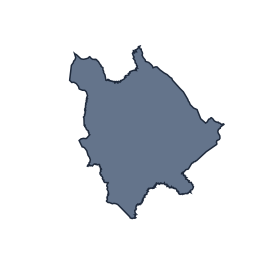 the district of Chipili, Luapula, Zambia, rotated 132°
{"feature_id": "96606910B25287686140667", "entity_name": "Chipili", "entity_type": "district", "adm_level": 2, "iso_a3": "ZMB", "parent_name": "Zambia", "parent_adm1": "Luapula", "projection": "orthographic", "projection_center": [29.255, -10.48], "detail": "fine", "context": "isolated", "style": "filled", "palette": "slate", "viewbox_px": 256, "rotation_deg": 132, "n_neighbors": 0, "source": "geoboundaries", "source_scale": "gbopen_adm2", "svg_char_len": 5792}
<svg xmlns="http://www.w3.org/2000/svg" viewBox="0 0 256 256"><g transform="rotate(132 128 128)"><path d="M196.5,95.2L196.8,94.9L196.7,92.9L195.8,91.9L194.8,89.0L193.4,88.0L192.2,86.1L191.7,84.1L192.8,67.2L193.3,66.2L192.5,64.3L191.4,63.8L190.4,62.5L189.4,62.2L189.4,63.4L188.7,64.0L188.0,63.8L187.6,64.3L187.7,64.6L187.4,64.4L186.7,65.1L186.5,64.7L186.4,65.7L185.0,67.6L184.3,67.8L183.7,67.4L182.5,67.7L182.5,68.2L182.1,68.7L180.7,69.6L180.0,69.5L179.9,69.9L179.1,70.0L178.5,69.8L178.3,69.2L177.8,69.6L177.6,69.0L178.0,68.3L177.7,68.6L177.3,68.2L177.5,68.7L177.1,68.8L176.5,68.6L176.6,67.9L175.5,68.1L175.4,67.7L174.9,68.0L174.2,67.6L172.8,68.1L172.9,68.4L172.4,68.3L172.5,68.7L172.0,69.0L171.6,68.7L171.2,69.4L170.6,69.1L170.0,69.8L169.1,69.5L168.6,69.8L168.2,69.5L168.2,69.8L167.4,69.9L167.5,70.5L167.0,70.6L166.5,70.6L166.6,70.3L165.6,70.4L165.3,70.0L164.4,69.7L163.4,70.8L162.1,70.6L162.3,70.9L160.7,71.5L161.0,71.9L159.9,71.7L159.9,72.2L159.5,72.3L158.7,72.1L158.3,71.2L157.2,70.8L156.9,70.0L155.9,69.6L156.3,69.2L155.3,68.4L154.5,68.9L153.7,68.3L153.7,68.9L153.2,68.6L153.0,68.9L153.2,69.4L152.0,69.0L152.0,69.6L150.2,69.0L150.3,70.0L149.9,70.1L149.7,69.1L148.7,68.5L149.0,67.6L148.1,67.3L148.3,66.9L147.1,66.9L147.1,66.4L146.6,66.1L146.7,65.5L145.3,64.3L145.3,63.8L144.6,64.0L145.3,62.8L144.7,62.1L144.8,61.7L143.9,61.5L144.3,60.5L144.7,60.3L144.5,60.2L145.1,59.8L144.3,59.4L144.6,59.0L144.1,57.4L144.6,57.1L144.2,56.6L143.0,56.4L143.0,56.0L142.5,56.3L142.7,55.2L142.1,54.8L142.4,54.5L142.4,54.2L141.9,54.3L141.8,52.7L141.2,52.4L141.2,50.8L142.2,49.3L142.1,48.8L141.6,48.7L142.0,48.0L141.7,47.7L142.4,47.2L142.4,46.4L142.8,46.2L142.5,44.9L141.0,43.8L141.0,43.4L140.6,43.5L140.2,42.8L139.9,42.9L139.7,42.3L138.1,41.4L137.3,40.2L136.8,40.2L136.6,39.7L135.4,39.8L134.2,39.3L134.0,38.4L133.8,39.0L133.4,38.9L133.4,39.7L132.1,39.7L130.7,39.0L128.7,39.6L127.7,40.2L127.6,41.4L126.7,42.1L126.9,43.4L126.1,44.5L127.5,46.3L127.1,46.6L127.2,47.1L126.3,47.3L126.8,48.5L126.5,49.4L127.3,50.9L126.3,51.5L125.8,51.4L126.4,52.3L125.3,53.0L125.7,54.0L125.4,53.9L125.2,54.2L126.0,54.9L124.9,56.3L125.2,56.2L125.2,56.6L126.1,57.6L125.7,57.9L123.6,57.5L123.1,57.0L120.3,57.1L118.1,55.7L111.6,57.0L110.4,56.4L109.5,56.6L107.9,55.6L107.3,55.7L106.5,55.2L93.3,54.0L80.8,51.1L79.9,51.8L79.4,52.8L78.0,53.5L75.4,52.5L74.1,52.8L72.4,54.5L71.3,57.8L70.3,59.1L68.5,59.8L66.4,59.3L65.8,59.8L64.9,59.9L61.2,59.1L61.0,59.7L62.9,61.1L62.9,63.1L63.6,64.2L63.3,65.0L64.2,65.7L64.7,67.2L65.0,68.8L64.5,70.5L64.5,72.8L65.2,73.3L66.4,73.2L67.5,73.9L70.4,73.2L72.4,73.6L72.5,80.2L68.1,89.0L69.3,92.7L69.0,97.4L67.8,99.9L67.7,101.0L66.7,102.8L64.1,111.0L63.9,115.5L62.7,126.9L61.8,128.7L62.2,130.9L62.1,134.6L62.9,137.8L63.4,143.0L63.2,147.4L64.2,148.5L66.5,149.7L65.7,151.2L65.4,152.8L65.4,156.5L66.8,159.6L65.9,160.8L65.4,164.0L64.4,166.3L63.1,166.9L62.2,168.0L61.6,169.8L60.6,170.9L61.0,171.2L61.1,171.9L60.2,173.6L59.2,173.9L60.6,174.7L61.6,173.9L63.8,174.1L65.1,174.8L65.7,172.7L67.0,173.8L67.1,174.7L66.6,175.2L66.9,175.8L67.2,175.6L68.1,173.7L68.7,174.7L69.6,174.6L70.9,172.2L71.1,171.2L71.6,170.7L72.7,170.8L73.3,167.6L74.2,167.0L74.8,166.0L74.6,165.7L74.8,164.7L75.9,163.3L75.7,162.5L76.7,162.0L77.3,162.1L77.3,161.5L77.7,162.0L79.0,161.9L78.7,161.3L79.3,161.3L79.1,161.1L79.5,160.5L79.6,161.0L80.1,160.9L81.5,162.5L84.9,164.3L85.6,164.1L85.4,163.6L85.7,163.3L87.3,164.1L87.5,163.3L88.1,162.9L90.7,164.8L91.2,164.8L91.7,163.7L92.6,164.5L93.1,163.7L93.8,163.6L96.5,164.4L97.6,165.2L98.0,165.2L98.2,164.5L99.3,164.6L99.6,166.2L100.6,166.2L101.2,165.6L101.5,165.9L101.4,166.6L101.1,166.4L100.7,167.0L101.0,167.6L101.4,167.6L102.1,168.6L102.9,167.7L103.4,167.9L102.8,169.1L102.9,169.7L103.6,170.1L103.7,171.1L104.5,171.8L104.3,172.4L105.4,173.6L105.4,174.2L104.8,174.5L104.9,174.8L105.5,175.5L106.0,175.0L106.8,176.2L107.1,176.0L107.3,176.4L104.0,180.6L103.0,183.5L102.1,184.1L101.6,185.5L99.9,187.1L100.3,188.9L100.2,189.4L99.5,189.9L99.5,191.1L98.4,194.7L98.6,195.6L98.3,197.0L98.5,198.0L99.3,198.2L99.4,198.9L100.6,200.1L100.9,202.0L100.6,204.1L101.3,204.4L102.7,204.4L104.2,205.2L106.6,206.9L107.7,208.5L108.1,209.5L108.0,215.5L108.4,216.4L108.4,217.6L110.7,213.9L112.9,213.0L114.6,213.1L116.3,212.3L119.3,212.0L131.6,203.3L131.8,200.3L130.2,198.8L129.6,196.0L130.3,192.5L131.6,190.6L131.5,189.9L130.4,187.1L128.9,185.3L129.0,183.2L131.1,179.6L132.9,179.1L133.1,178.1L133.8,178.5L134.3,177.5L135.0,177.7L135.3,176.9L135.9,177.1L136.2,176.1L137.1,176.3L138.5,175.6L138.4,175.1L140.1,174.4L141.3,173.0L142.2,173.2L143.0,171.6L143.6,172.2L144.2,171.4L144.2,170.8L145.1,170.4L145.3,169.8L145.8,169.8L146.7,169.2L147.0,169.4L147.9,168.4L149.7,168.4L150.1,167.4L155.2,162.5L154.8,162.2L155.2,161.8L155.0,161.6L155.8,161.2L156.0,159.5L156.7,158.4L156.9,156.7L156.6,155.8L157.6,154.8L157.4,154.2L158.6,153.1L158.6,151.9L163.5,151.9L164.5,152.7L165.5,154.2L167.5,155.6L170.0,156.0L172.7,149.4L172.1,148.5L171.8,147.0L172.5,143.4L175.0,139.4L175.5,137.2L176.8,134.7L179.1,133.4L179.7,133.7L180.7,133.0L182.4,133.0L183.5,132.7L183.3,132.1L182.3,132.2L182.0,131.8L181.5,131.9L181.5,131.5L181.1,131.7L181.1,130.5L180.4,130.0L180.0,129.0L178.1,129.2L177.0,128.7L176.9,128.0L176.3,127.8L176.4,127.2L175.9,126.9L176.0,126.2L174.4,125.1L174.5,124.3L175.4,123.8L175.2,123.0L176.1,122.1L176.1,120.8L176.7,120.8L176.7,120.4L177.0,120.6L177.1,120.2L177.9,120.0L178.2,119.2L179.7,119.1L180.9,118.0L180.8,116.9L181.1,117.0L181.4,116.2L181.3,114.6L182.0,113.4L182.7,113.2L183.2,111.9L182.9,111.0L183.7,110.6L184.1,109.3L184.0,108.7L183.0,107.7L182.9,106.7L181.9,106.4L181.9,106.1L184.8,105.4L185.5,104.6L185.5,103.7L186.7,102.8L187.4,102.8L188.3,100.3L189.8,98.5L190.0,98.9L190.5,98.3L191.0,98.4L191.2,97.6L192.7,97.7L193.6,96.8L194.1,96.9L194.2,96.2L195.0,95.4L196.5,95.2Z" fill="#64748b" stroke="#1e293b" stroke-width="1.5"/></g></svg>